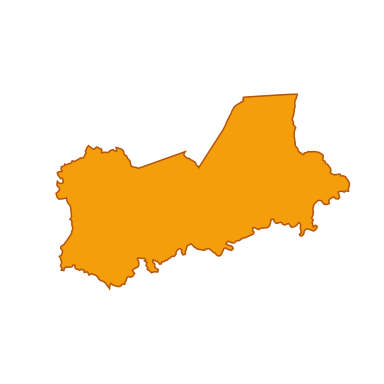 Adrianópolis, Paraná, Brazil, rotated 159°
{"feature_id": "56859067B33632920480523", "entity_name": "Adrianópolis", "entity_type": "district", "adm_level": 2, "iso_a3": "BRA", "parent_name": "Brazil", "parent_adm1": "Paraná", "projection": "orthographic", "projection_center": [-48.811, -24.789], "detail": "fine", "context": "isolated", "style": "filled", "palette": "amber", "viewbox_px": 384, "rotation_deg": 159, "n_neighbors": 0, "source": "geoboundaries", "source_scale": "gbopen_adm2", "svg_char_len": 5132}
<svg xmlns="http://www.w3.org/2000/svg" viewBox="0 0 384 384"><g transform="rotate(159 192 192)"><path d="M324.9,159.1L322.7,159.5L321.0,157.4L321.5,155.5L319.9,155.4L318.1,154.6L317.9,151.4L314.6,151.6L313.4,149.9L312.0,149.4L310.3,146.0L310.3,143.9L308.8,141.9L306.7,140.2L305.3,138.0L304.8,135.8L303.6,131.3L302.0,134.5L300.5,135.8L299.7,134.2L298.5,132.9L296.4,131.2L294.8,130.2L293.5,129.7L292.0,129.9L289.6,130.9L287.9,129.9L286.7,131.7L285.4,132.7L283.6,135.2L281.5,135.9L280.1,134.6L277.6,134.5L276.3,135.5L274.8,136.4L275.8,140.1L274.1,140.9L269.6,141.4L268.0,142.6L266.8,145.7L266.7,147.6L266.9,149.5L265.1,149.5L263.1,148.1L260.1,147.0L259.4,145.1L261.1,144.8L259.4,142.3L261.3,139.7L260.3,137.5L261.6,135.8L260.4,134.5L259.5,132.7L258.8,131.2L255.6,131.0L254.0,130.2L252.7,129.6L251.3,131.3L253.8,135.2L252.8,137.4L252.9,139.2L253.6,140.8L252.8,142.6L250.7,140.9L248.6,138.5L248.1,136.2L246.6,135.9L245.2,137.5L243.0,137.1L241.1,137.5L239.7,137.3L238.2,137.9L235.6,138.4L233.8,139.2L231.7,138.3L229.3,139.6L228.4,141.6L227.3,142.6L224.8,143.6L223.4,143.3L222.3,141.6L223.4,139.7L223.1,136.6L220.7,136.2L219.0,139.5L217.6,140.8L215.6,143.8L213.4,143.6L211.4,144.0L210.3,141.8L209.4,139.5L208.1,137.8L207.2,136.6L205.8,135.8L203.6,134.4L201.0,133.0L199.4,133.9L196.2,132.8L195.0,130.6L194.2,129.2L193.6,127.7L192.2,126.9L191.8,124.5L190.3,122.8L188.5,122.5L186.7,123.4L184.3,125.9L182.3,128.0L180.8,127.7L178.2,124.8L175.9,123.3L173.7,124.5L173.9,126.3L175.1,128.0L176.8,129.1L179.0,131.5L176.5,133.1L174.7,132.2L173.4,130.6L171.0,129.3L168.0,130.4L165.1,129.7L161.4,130.8L159.2,130.3L156.6,130.4L155.2,130.5L153.7,130.6L149.6,130.9L148.4,132.3L149.3,134.2L147.9,136.9L146.2,136.2L145.1,134.9L143.4,133.1L141.4,133.3L139.8,133.5L138.6,132.8L134.7,131.8L132.0,132.4L130.8,133.6L127.8,138.1L125.6,137.5L125.7,135.0L125.0,133.0L123.5,132.0L122.1,132.3L119.5,131.7L118.9,129.4L117.3,128.0L113.1,128.1L111.9,123.5L109.2,123.0L106.4,123.3L103.3,125.3L102.4,124.0L102.4,122.5L103.9,119.1L104.3,116.2L105.1,114.3L106.8,114.1L106.8,112.5L105.4,111.6L103.6,112.1L102.2,113.4L101.6,114.9L100.2,116.1L98.6,116.4L97.3,116.1L95.6,114.8L92.5,112.0L91.1,112.2L89.8,112.9L88.4,113.5L87.4,115.1L88.8,116.8L91.3,115.7L90.7,120.7L88.8,122.4L89.7,124.7L86.9,127.6L86.0,129.6L85.5,132.0L84.8,133.7L82.9,136.2L81.8,137.0L78.5,138.6L77.0,138.9L74.3,137.6L73.7,134.6L72.6,132.8L69.8,132.0L67.9,132.0L67.6,134.8L65.7,136.1L61.4,136.7L60.3,134.2L58.1,133.1L56.1,134.1L55.8,136.4L55.6,139.6L53.3,139.5L51.4,138.9L50.0,137.3L48.3,138.0L45.6,136.6L44.9,138.9L42.8,141.7L41.9,143.5L42.1,146.9L42.8,149.0L43.2,151.2L44.9,152.8L47.3,153.7L47.3,155.6L49.9,156.3L52.6,156.9L54.4,158.3L56.1,160.4L54.5,162.4L54.4,165.0L55.0,167.1L55.3,168.6L57.0,171.0L56.8,172.9L58.5,175.0L57.2,177.4L56.5,178.9L57.2,180.9L59.6,183.8L62.2,185.3L64.1,186.2L66.0,186.7L68.2,187.6L69.7,188.1L71.1,187.7L73.2,188.2L74.4,186.9L75.5,187.8L76.3,189.4L77.7,191.1L78.1,192.9L77.7,194.9L78.7,196.8L78.7,198.4L78.7,200.0L77.8,200.9L77.8,203.1L77.1,204.7L76.8,207.5L75.9,209.0L75.5,210.6L73.7,213.3L72.1,214.9L72.7,217.0L73.3,219.3L72.2,221.0L72.5,223.0L71.9,224.9L70.3,226.4L67.9,230.3L67.1,232.1L65.3,234.6L64.5,237.2L63.7,239.5L62.0,241.2L60.1,243.5L58.7,245.6L68.1,248.9L81.4,253.1L102.7,259.8L105.0,260.5L109.9,262.0L111.3,260.1L111.3,258.5L113.6,258.4L115.7,257.8L117.8,257.6L120.6,256.8L122.4,256.1L124.0,254.6L125.7,253.3L126.6,252.1L127.7,251.0L129.9,249.3L131.0,248.0L132.8,246.6L134.7,244.8L135.9,243.3L137.9,241.4L139.4,240.1L140.5,239.1L177.0,212.3L177.2,213.8L178.5,215.8L178.1,218.2L179.4,220.0L180.6,221.7L181.8,222.5L182.5,224.2L184.6,225.5L185.4,227.0L186.2,228.8L186.1,230.4L183.8,232.1L229.3,233.2L234.1,233.5L234.9,234.7L238.0,236.4L239.5,238.0L239.3,240.5L238.8,243.3L240.0,246.3L240.2,249.2L241.4,250.5L241.8,252.3L241.3,254.7L242.4,257.3L243.9,258.3L245.5,259.8L246.9,260.7L247.6,257.2L249.1,257.7L250.8,260.0L253.4,260.0L256.1,259.0L257.7,259.6L259.6,260.6L262.5,261.1L261.1,263.5L261.5,265.2L263.0,265.6L263.6,267.2L265.2,268.3L266.5,267.5L268.0,267.0L269.6,268.2L272.1,272.4L274.5,270.8L275.6,269.4L276.8,268.7L276.9,266.5L278.2,265.4L279.6,264.1L281.1,262.8L283.8,263.7L288.2,263.0L290.9,262.6L292.7,264.1L293.8,262.7L295.4,262.3L297.1,262.6L299.3,262.4L300.9,263.6L302.1,262.1L304.9,262.4L306.0,260.4L305.8,258.0L307.3,258.0L308.5,258.7L310.9,258.2L311.0,255.5L309.8,251.5L308.0,251.2L308.6,247.1L310.6,246.6L312.9,247.9L313.9,250.2L315.4,247.5L315.6,245.5L314.3,243.8L314.8,241.7L316.5,240.4L319.4,239.5L319.6,237.5L319.7,235.2L319.0,233.2L316.2,232.2L312.6,231.5L311.3,231.3L311.8,228.9L311.9,226.5L310.6,222.6L311.2,219.6L312.1,216.3L313.0,213.1L313.5,211.7L315.8,210.3L314.5,208.4L316.0,203.8L316.3,200.8L318.1,198.6L319.5,196.3L320.7,195.5L325.5,192.0L326.6,191.1L328.2,190.5L329.5,189.3L334.1,187.9L334.8,186.2L334.1,184.4L334.4,182.1L335.6,181.0L336.6,179.7L338.9,179.5L338.7,177.9L338.7,174.9L338.9,173.0L341.3,169.9L340.6,167.1L342.1,166.0L339.8,164.6L338.4,166.5L336.6,167.1L334.9,166.3L332.9,165.7L330.9,165.1L329.2,166.4L327.6,165.6L328.2,163.7L328.3,162.1L326.4,160.7L324.9,159.1Z" fill="#f59e0b" stroke="#b45309" stroke-width="1.5"/></g></svg>